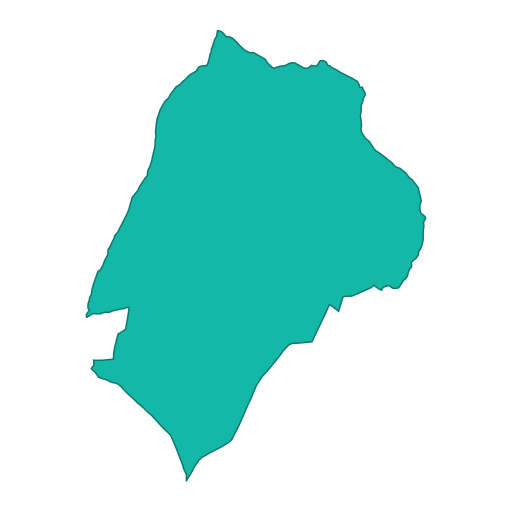 the district of San Jerónimo Zacualpan, Tlaxcala, Mexico
{"feature_id": "50627088B35723887054559", "entity_name": "San Jerónimo Zacualpan", "entity_type": "district", "adm_level": 2, "iso_a3": "MEX", "parent_name": "Mexico", "parent_adm1": "Tlaxcala", "projection": "mercator", "projection_center": [-98.265, 19.247], "detail": "fine", "context": "isolated", "style": "filled", "palette": "teal", "viewbox_px": 512, "rotation_deg": 0, "n_neighbors": 0, "source": "geoboundaries", "source_scale": "gbopen_adm2", "svg_char_len": 4970}
<svg xmlns="http://www.w3.org/2000/svg" viewBox="0 0 512 512"><path d="M362.4,87.2L361.0,87.4L359.7,87.1L359.3,85.1L357.6,81.6L352.2,78.3L348.2,76.4L344.6,74.5L341.3,72.9L337.6,70.6L336.0,69.6L331.5,67.4L330.0,65.9L328.0,65.5L326.8,63.5L326.4,62.3L324.8,61.2L323.7,60.8L322.6,60.5L321.4,60.8L320.2,60.7L316.8,65.9L314.6,66.0L311.4,65.4L308.8,67.6L306.6,68.4L303.6,67.8L300.6,66.2L296.4,63.8L294.7,62.9L291.5,62.8L288.5,63.8L285.2,65.6L280.3,66.2L276.0,67.5L273.6,68.3L272.4,67.5L271.4,66.6L269.7,65.2L268.1,63.6L267.0,62.1L266.2,60.8L265.3,59.5L262.6,57.7L258.0,55.2L254.4,53.1L252.3,52.4L251.7,52.9L249.0,52.3L246.6,51.2L244.7,50.0L242.7,48.4L240.9,46.6L240.1,45.8L238.3,43.9L236.4,41.9L234.2,39.8L232.5,38.2L230.9,37.6L229.6,36.8L226.2,36.7L223.9,33.9L222.4,32.4L221.0,31.5L219.7,31.0L218.5,30.7L217.5,30.8L217.3,31.8L217.0,33.9L216.8,35.3L216.4,36.9L215.5,38.1L214.5,40.1L214.2,41.4L213.3,43.7L212.2,47.2L211.5,48.5L211.0,52.9L210.2,53.9L209.2,58.6L207.9,63.5L206.3,65.9L204.9,65.8L201.9,65.9L198.7,67.0L196.2,71.2L190.8,74.2L188.9,75.6L185.5,79.3L182.8,81.5L180.8,83.7L178.8,85.2L176.2,86.8L175.1,88.2L170.3,94.5L168.6,98.0L165.1,101.2L162.9,104.9L160.1,109.9L157.1,118.9L156.6,122.0L156.4,122.9L155.5,132.2L156.0,136.6L155.1,140.4L155.1,143.3L155.0,146.2L153.6,152.2L151.6,161.3L149.3,167.9L148.2,169.6L147.5,172.6L147.4,175.6L145.4,177.8L143.2,181.0L139.9,186.0L137.8,190.6L134.6,194.4L132.1,197.5L131.5,200.3L130.6,202.7L128.8,209.8L126.4,215.2L118.7,230.2L118.0,231.8L114.6,235.9L114.1,238.3L112.3,241.6L110.4,245.9L108.0,249.9L108.0,254.2L106.3,257.5L104.7,260.4L103.0,264.9L101.2,268.5L99.7,270.5L98.0,271.4L97.0,274.1L93.5,284.1L92.1,288.9L91.3,294.6L90.1,296.5L89.7,297.5L89.5,299.2L88.8,301.6L88.2,303.2L87.9,306.6L88.2,308.7L89.5,310.2L88.2,311.8L86.5,314.3L86.4,315.5L86.6,317.2L87.1,317.2L92.4,313.8L93.0,313.6L99.0,313.9L101.0,313.5L103.8,312.5L104.7,312.3L105.3,312.2L105.7,312.2L106.4,312.3L107.6,312.3L108.6,312.4L109.2,312.3L109.6,312.1L110.2,312.0L111.1,311.5L112.0,311.1L113.3,310.7L113.9,310.5L114.2,310.5L114.4,310.5L114.6,310.5L114.8,310.5L115.1,310.4L116.3,310.1L118.0,309.6L120.7,309.0L122.0,308.8L123.1,308.8L123.8,308.7L124.9,308.1L125.6,307.9L126.6,307.6L127.5,307.4L128.2,307.3L128.5,307.4L128.8,307.6L128.9,307.8L129.1,307.9L129.1,308.2L128.9,309.3L128.5,312.3L127.8,316.6L127.2,320.4L126.6,323.6L126.1,326.5L125.8,329.1L124.4,330.2L118.1,334.0L116.8,338.6L116.4,340.6L114.7,347.2L113.7,353.5L113.4,359.2L109.1,359.6L102.7,360.2L97.4,360.3L96.4,360.3L93.6,360.2L93.9,362.3L93.8,364.6L93.8,365.5L93.6,365.9L92.7,366.7L91.9,367.6L91.5,368.2L91.4,368.8L91.5,369.1L92.9,370.3L95.1,372.2L96.6,374.3L98.2,376.6L98.9,377.3L100.6,378.0L103.4,378.9L106.3,379.7L109.9,381.6L113.6,382.8L115.9,383.1L118.6,384.5L120.8,386.3L123.4,389.2L126.4,392.4L130.2,395.9L135.2,400.5L137.9,403.3L143.2,407.6L148.0,412.4L150.9,414.6L153.6,417.6L155.0,419.1L161.6,426.4L165.7,430.4L170.7,435.3L172.2,438.9L174.6,444.1L178.2,453.4L182.5,464.7L183.9,469.5L186.4,474.3L186.4,481.3L187.6,478.5L189.0,476.4L190.7,473.8L192.6,470.4L193.8,467.8L195.7,464.8L197.6,462.4L198.8,460.1L200.3,458.9L202.1,457.2L205.3,455.5L210.6,452.4L217.3,449.0L222.6,446.1L228.8,442.3L231.5,439.9L237.2,429.0L239.4,424.4L242.0,418.6L244.8,412.1L246.3,408.5L248.5,403.5L250.4,399.9L252.4,395.1L254.2,390.8L255.1,388.5L256.6,385.0L258.0,382.9L260.7,378.7L262.8,375.8L265.8,372.7L268.6,369.5L274.8,361.9L279.1,356.5L281.9,352.7L283.3,350.6L284.3,349.7L286.2,347.6L289.1,344.7L292.5,343.3L294.9,343.3L302.1,342.8L303.9,342.5L306.7,342.4L310.6,341.8L311.9,341.9L325.6,313.1L329.4,304.6L333.1,306.9L338.6,311.3L343.1,296.5L349.3,296.2L351.8,296.1L370.7,287.9L373.7,285.2L379.1,289.1L381.6,290.2L382.1,288.9L382.6,288.1L383.3,287.5L384.4,286.8L386.0,286.2L387.7,285.8L388.9,285.8L389.7,286.0L390.2,286.4L391.3,287.3L392.3,287.9L393.3,288.3L394.5,288.4L396.6,288.4L397.8,288.1L398.5,287.7L399.2,287.0L400.3,285.3L402.0,282.7L402.2,282.4L403.0,281.2L404.0,280.0L405.7,278.7L406.6,277.5L407.6,275.5L408.0,273.4L408.8,271.0L409.3,269.8L411.2,267.3L411.5,266.7L411.7,265.4L411.3,263.9L411.5,262.5L412.5,261.1L416.1,258.2L417.8,255.6L418.5,254.6L418.5,253.1L418.6,252.1L419.8,249.8L420.7,248.7L421.5,246.4L422.3,244.1L422.6,242.4L423.1,240.1L423.2,237.9L423.1,234.9L423.4,229.9L423.9,226.3L423.6,223.6L423.6,222.3L424.2,220.9L425.1,219.2L425.6,217.7L425.1,216.7L424.4,216.0L421.5,213.7L420.6,212.3L419.8,209.1L420.0,204.5L421.2,201.4L420.6,197.7L419.9,194.6L419.0,191.1L418.3,187.7L416.7,185.6L415.6,184.1L414.6,183.2L412.4,180.1L409.3,177.6L407.0,174.7L405.3,172.5L402.9,170.8L400.0,168.3L395.9,167.0L394.0,165.1L391.9,162.7L388.8,160.4L385.9,157.9L378.7,152.5L376.0,150.9L373.6,148.4L372.3,145.9L371.0,144.3L369.5,141.7L365.4,138.3L362.9,134.5L361.5,131.9L360.9,129.1L361.5,126.6L361.5,124.1L361.1,121.3L360.7,118.0L360.3,114.7L361.2,111.1L361.1,105.8L363.1,100.8L363.0,99.3L363.8,97.5L365.3,94.6L365.1,93.0L364.0,90.9L363.0,89.1L362.4,87.2Z" fill="#14b8a6" stroke="#0f766e" stroke-width="1.5"/></svg>